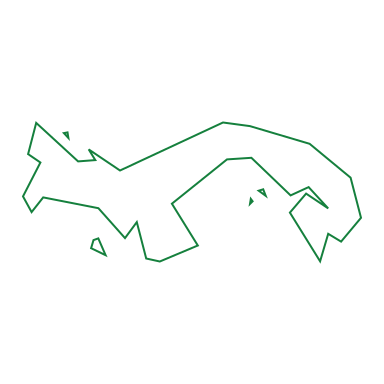 outline of Panama
{"feature_id": "PAN", "entity_name": "Panama", "entity_type": "country or territory", "adm_level": 0, "iso_a3": "PAN", "parent_name": "North America", "parent_adm1": "", "projection": "mercator", "projection_center": [-80.239, 8.409], "detail": "coarse", "context": "isolated", "style": "outline", "palette": "green", "viewbox_px": 384, "rotation_deg": 0, "n_neighbors": 0, "source": "natural_earth", "source_scale": "50m", "svg_char_len": 714}
<svg xmlns="http://www.w3.org/2000/svg" viewBox="0 0 384 384"><path d="M350.6,177.7L361.0,217.8L341.1,241.6L328.2,233.8L320.1,261.3L289.9,212.6L306.1,193.6L328.2,208.4L308.6,187.1L290.6,195.4L251.4,157.8L227.0,159.4L171.9,203.7L197.8,245.5L159.8,261.5L146.2,258.5L136.8,222.1L125.0,238.1L98.4,208.2L43.2,197.4L31.6,212.1L23.0,196.4L40.4,162.5L28.1,154.1L36.2,122.9L78.1,161.4L95.3,160.1L88.7,149.4L120.0,170.5L223.0,122.5L249.9,126.1L309.6,143.8L350.6,177.7ZM105.6,255.2L91.1,248.2L93.5,240.1L98.3,238.4L105.6,255.2ZM265.7,195.8L258.7,190.7L263.2,189.3L265.7,195.8ZM67.5,132.4L68.4,138.0L63.9,133.1L67.5,132.4ZM252.6,201.3L250.0,203.9L250.8,198.9L252.6,201.3Z" fill="none" stroke="#15803d" stroke-width="2"/></svg>